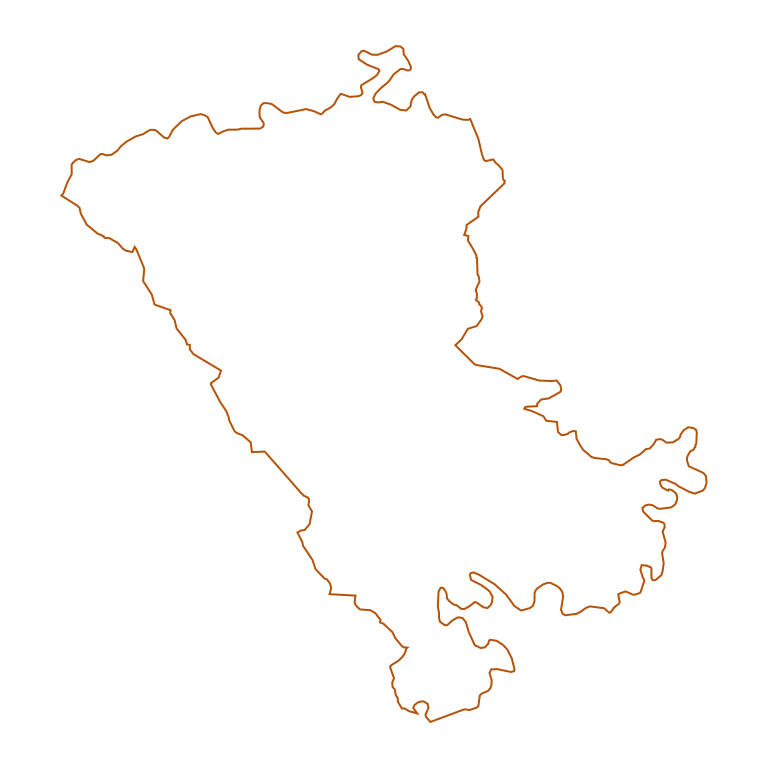 outline of La Misión, Hidalgo, Mexico
{"feature_id": "50627088B23138580841990", "entity_name": "La Misión", "entity_type": "district", "adm_level": 2, "iso_a3": "MEX", "parent_name": "Mexico", "parent_adm1": "Hidalgo", "projection": "orthographic", "projection_center": [-99.056, 21.066], "detail": "fine", "context": "isolated", "style": "outline", "palette": "amber", "viewbox_px": 768, "rotation_deg": 0, "n_neighbors": 0, "source": "geoboundaries", "source_scale": "gbopen_adm2", "svg_char_len": 6058}
<svg xmlns="http://www.w3.org/2000/svg" viewBox="0 0 768 768"><path d="M470.2,119.0L468.1,119.9L462.6,119.6L445.4,114.4L442.2,114.8L438.1,117.6L436.3,117.5L433.6,114.7L429.6,107.8L425.1,94.3L424.7,94.7L422.4,92.2L418.8,92.5L414.1,96.4L411.7,99.9L410.4,106.6L406.2,110.5L400.2,109.8L391.0,104.7L382.5,101.7L378.2,102.5L374.7,101.8L373.8,100.6L373.4,98.3L375.3,94.0L379.8,89.1L388.9,81.3L393.7,74.3L400.7,68.9L403.8,69.1L407.4,70.5L409.7,70.2L410.9,68.8L410.9,67.0L408.3,61.0L403.7,54.2L403.3,48.8L400.5,46.5L395.6,46.1L386.5,51.6L377.6,54.8L372.2,54.7L363.7,50.6L361.3,51.4L358.3,55.2L358.8,59.3L367.1,64.7L378.5,69.1L379.4,70.9L377.1,74.8L373.4,77.9L361.3,85.2L360.9,87.3L362.6,93.1L360.9,95.2L358.4,96.2L349.8,96.9L340.8,93.8L337.3,98.5L334.0,104.6L330.6,107.5L324.5,110.9L322.5,113.4L320.8,114.3L313.7,111.1L306.1,109.1L287.4,112.9L284.5,112.9L282.0,111.8L271.9,104.1L267.0,103.1L263.4,103.2L260.8,105.7L259.7,109.3L259.4,113.3L259.9,117.6L263.4,122.6L263.8,124.7L263.0,126.7L260.1,128.6L241.2,128.7L237.8,129.6L228.3,129.7L223.1,131.4L218.6,133.8L217.4,133.6L215.7,132.3L213.0,128.4L207.7,117.1L204.3,115.1L200.8,114.1L190.7,116.4L181.8,121.1L173.0,129.6L169.0,137.1L167.0,138.5L164.1,137.5L155.8,130.3L151.7,129.7L149.0,130.4L143.0,134.2L135.8,136.4L126.6,141.6L121.2,145.9L117.0,150.9L111.6,154.7L106.5,155.4L103.0,154.1L100.6,154.0L93.6,160.6L89.8,162.1L79.1,158.9L76.0,160.0L72.6,163.1L71.6,165.1L71.7,174.3L67.3,182.4L63.4,193.2L61.4,195.6L77.5,205.8L79.6,207.9L80.8,213.7L86.8,224.7L97.3,233.4L103.9,236.4L103.9,237.2L105.3,238.0L108.8,237.9L117.9,243.0L122.7,248.5L125.5,250.5L132.3,252.1L134.7,246.9L136.3,249.3L143.8,267.4L144.2,269.8L143.1,281.0L151.8,294.6L154.6,304.6L170.6,310.2L170.2,313.0L174.6,320.2L176.6,328.5L185.8,340.1L187.0,344.5L189.8,344.9L189.8,349.3L193.4,354.1L221.0,370.6L218.5,377.7L210.9,383.2L210.8,384.2L220.1,401.9L226.1,410.8L228.7,417.3L229.2,420.4L234.5,431.1L236.7,433.0L242.5,435.2L250.7,442.3L251.9,452.1L264.8,451.6L300.8,492.6L303.7,495.6L307.9,497.6L308.8,498.8L309.1,501.1L308.4,505.2L312.0,511.5L309.6,524.1L304.7,530.0L300.9,530.5L297.4,532.5L302.3,542.0L303.0,545.7L312.5,560.0L315.5,569.1L324.7,578.7L326.9,579.3L330.0,583.4L331.2,588.1L329.6,594.2L355.5,595.6L354.6,601.7L355.4,604.6L357.0,606.7L360.0,609.4L370.3,610.2L375.2,613.0L380.7,620.2L380.0,621.7L380.3,622.7L383.2,623.5L392.5,632.2L395.0,637.8L401.7,645.9L403.4,647.2L407.3,647.6L406.2,648.5L405.3,652.1L403.4,655.5L401.6,657.7L398.1,661.0L391.5,665.0L390.0,666.8L394.0,678.3L392.2,682.6L392.6,686.9L394.9,689.7L395.7,694.9L397.9,698.7L397.9,701.8L401.9,708.5L404.5,708.4L409.1,711.2L417.2,713.4L413.2,707.9L414.6,704.9L418.1,702.3L421.0,701.5L423.6,701.4L427.7,703.9L428.5,707.7L425.6,714.4L425.9,716.7L430.4,721.9L464.4,709.3L469.7,710.0L476.2,707.8L478.3,706.3L479.8,695.5L481.7,693.6L487.9,691.0L490.4,688.1L491.5,684.5L491.6,679.9L489.5,673.0L491.2,669.4L497.2,669.1L511.0,672.0L514.1,671.1L514.5,669.3L511.7,658.1L507.3,649.5L503.5,645.3L496.7,640.8L490.3,639.8L489.2,640.4L488.2,643.8L484.9,647.3L480.7,648.0L474.7,645.1L468.6,631.7L465.9,622.2L462.5,618.0L459.4,617.4L457.0,617.7L452.1,620.7L447.4,625.0L446.3,625.2L444.8,625.2L440.0,621.8L439.0,617.9L439.0,612.9L437.8,606.1L438.6,591.4L440.7,587.7L443.3,588.0L445.0,590.4L446.5,593.4L447.1,598.6L449.8,601.6L453.4,604.5L456.6,605.2L461.3,608.9L464.6,609.0L470.5,605.5L474.6,602.1L476.5,602.5L483.6,607.4L487.6,608.0L490.6,605.0L491.9,602.6L492.6,596.9L489.8,591.7L487.2,589.3L481.2,585.0L471.2,580.0L469.8,574.8L470.7,573.2L473.5,572.4L479.0,574.7L494.7,584.3L506.1,594.6L514.4,606.0L520.7,610.3L522.3,610.3L530.1,608.0L533.0,605.7L534.5,601.1L534.6,593.0L535.7,590.3L537.4,588.3L543.3,584.3L547.8,582.8L550.2,582.8L556.3,585.7L559.6,588.1L562.3,591.9L563.2,596.6L561.0,609.8L562.6,613.7L565.2,615.3L576.6,613.8L581.2,611.4L585.9,607.9L590.0,606.4L604.0,608.2L609.3,612.7L610.7,612.3L614.1,607.5L619.0,603.7L619.7,601.8L618.2,594.4L619.1,593.7L625.6,591.4L633.1,594.7L635.1,594.6L639.8,593.0L640.7,591.8L644.4,580.5L642.6,576.9L640.4,569.7L641.7,565.1L647.1,565.7L650.8,567.4L651.4,568.4L651.4,577.5L652.7,580.2L654.8,580.2L656.3,579.4L661.3,575.2L662.6,571.2L663.7,563.1L662.1,553.3L662.4,551.5L664.8,547.8L665.5,544.2L665.4,541.6L662.6,531.7L664.7,527.1L664.4,524.1L663.5,522.8L658.3,520.9L654.1,521.1L652.0,520.4L643.2,511.6L642.4,507.8L646.0,505.2L648.7,504.6L652.8,505.3L657.5,508.4L660.6,508.8L671.2,507.4L675.1,504.5L676.9,500.4L677.2,496.7L675.9,493.3L671.8,490.0L668.9,489.4L668.0,490.7L662.3,487.6L660.6,484.9L659.8,481.8L661.6,480.0L665.9,479.7L676.3,484.3L677.8,485.9L689.6,492.0L694.7,493.6L703.0,490.5L705.0,487.8L706.6,482.5L706.0,476.3L703.5,473.0L688.9,466.3L687.2,461.4L686.9,458.4L687.7,455.7L690.3,451.3L693.8,449.5L694.3,448.0L695.4,447.1L695.3,445.7L696.3,443.3L696.8,432.9L696.1,429.9L693.1,427.9L688.3,427.3L683.9,430.1L680.7,434.3L679.7,437.6L678.4,439.0L672.8,442.4L666.4,442.6L662.1,439.6L659.8,439.1L656.1,439.8L654.1,443.6L649.8,448.5L646.0,449.1L639.7,454.6L633.9,457.4L622.8,465.0L620.3,465.2L612.7,463.4L610.2,462.3L609.2,460.5L606.9,459.3L594.7,458.0L591.4,456.9L583.2,449.9L580.8,446.4L576.6,438.9L575.8,431.3L572.9,431.0L568.8,432.7L567.8,433.9L564.2,435.0L561.4,435.1L558.0,432.0L556.9,421.9L546.3,420.8L543.4,416.2L531.4,410.9L524.3,408.8L524.8,407.5L526.2,406.7L537.1,406.2L537.2,403.7L541.2,399.5L548.7,398.4L560.6,391.7L561.3,389.8L560.4,385.3L556.6,380.5L551.4,381.0L539.5,380.6L523.9,376.1L521.6,376.4L517.6,379.0L499.5,368.8L476.4,365.0L474.5,364.2L455.3,345.2L461.6,339.3L467.8,328.8L476.6,326.1L481.6,319.2L482.6,316.5L481.0,311.2L481.9,308.1L481.3,306.3L479.1,304.1L479.2,302.6L475.9,300.0L476.7,298.3L477.0,294.1L475.7,289.9L479.5,281.4L478.6,276.1L477.5,274.3L477.0,258.0L476.4,257.8L476.5,255.9L473.0,248.9L467.9,240.5L468.4,236.0L464.2,234.9L466.5,228.5L466.6,225.0L478.5,216.6L478.1,212.4L480.5,206.2L504.7,183.1L504.3,182.1L504.8,180.8L503.4,179.8L502.8,177.2L502.6,170.8L501.8,168.9L498.3,164.9L495.9,163.1L493.2,159.4L485.6,161.1L483.8,159.6L481.8,153.7L478.4,139.0L470.2,119.0Z" fill="none" stroke="#b45309" stroke-width="2"/></svg>